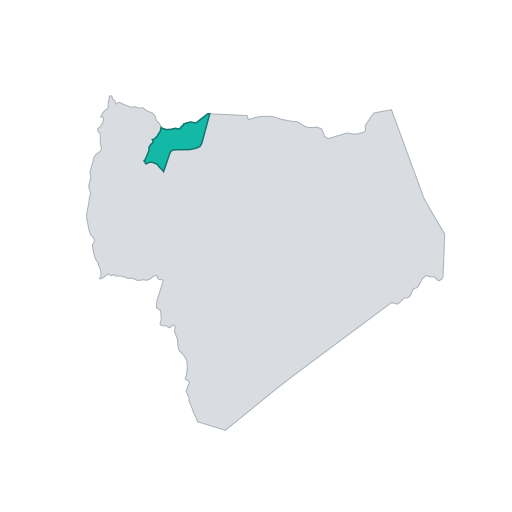 El Oued highlighted on a map of Algeria, rotated 285°
{"feature_id": "DZA-2191", "entity_name": "El Oued", "entity_type": "Province", "adm_level": 1, "iso_a3": "DZA", "parent_name": "Algeria", "parent_adm1": "", "projection": "natural_earth1", "projection_center": [6.786, 33.25], "detail": "fine", "context": "in_parent", "style": "filled", "palette": "teal", "viewbox_px": 512, "rotation_deg": 285, "n_neighbors": 0, "source": "natural_earth", "source_scale": "10m", "svg_char_len": 5083}
<svg xmlns="http://www.w3.org/2000/svg" viewBox="0 0 512 512"><g transform="rotate(285 256 256)"><path d="M372.7,73.2L373.1,74.3L373.1,75.3L371.6,76.3L370.5,76.8L369.3,79.4L367.0,81.2L366.7,81.8L366.7,82.2L368.2,83.1L368.8,83.8L369.0,84.8L368.3,88.5L367.4,95.0L367.4,96.5L368.0,98.2L368.6,99.5L368.8,101.0L368.6,104.6L369.3,106.8L369.9,108.7L368.5,111.2L367.9,113.3L367.6,116.4L367.5,118.4L366.6,120.2L365.4,121.9L364.1,122.9L362.5,123.8L360.7,125.0L359.2,128.2L356.0,130.9L355.3,131.8L355.0,133.9L355.1,136.9L355.7,139.2L357.2,142.7L358.6,146.5L359.0,148.5L359.5,149.2L361.4,150.5L364.8,152.2L365.4,152.9L367.0,155.5L368.6,160.2L369.1,163.4L375.0,168.2L380.7,172.4L381.1,173.1L384.2,187.4L385.3,192.5L389.3,211.0L387.7,212.0L385.8,213.3L387.2,215.8L389.8,219.9L391.5,223.2L392.0,224.6L393.3,228.7L394.3,232.6L394.6,233.9L395.0,236.9L394.6,245.3L395.4,255.9L396.4,261.2L394.9,266.0L393.6,270.6L393.7,272.9L394.5,276.5L395.2,279.1L396.2,280.5L396.0,285.0L395.6,286.6L392.7,288.9L389.4,291.1L388.5,292.9L388.2,294.9L388.7,296.6L398.2,311.7L398.5,313.2L398.7,317.5L400.3,322.8L402.0,325.2L402.7,326.9L403.9,328.2L405.1,329.1L405.8,329.2L410.1,327.7L417.3,330.1L424.2,332.6L424.7,333.1L428.7,341.3L432.3,349.0L355.2,403.3L346.7,411.5L326.7,431.9L325.2,432.8L298.8,438.8L285.1,441.8L284.4,442.0L283.7,442.0L283.1,442.0L281.9,441.4L280.5,440.2L279.6,439.6L279.3,438.6L279.9,437.4L280.6,436.2L280.9,435.3L281.3,434.6L281.9,434.1L282.0,433.3L281.5,432.0L281.0,430.2L281.1,427.0L281.1,425.5L279.8,424.3L277.5,422.9L275.3,422.1L274.3,421.8L271.8,421.4L268.5,420.5L267.3,419.9L265.2,416.9L264.1,416.1L259.1,415.6L257.4,415.1L256.1,414.4L254.9,413.4L254.3,411.8L254.1,410.4L253.6,409.8L248.1,406.6L246.7,405.5L246.0,404.4L246.0,402.9L246.1,401.1L245.9,399.4L245.7,398.6L149.4,322.5L144.3,318.6L132.6,309.8L79.7,271.5L80.7,244.0L80.9,242.6L81.2,242.0L83.0,241.0L85.7,238.7L86.8,237.7L88.1,236.6L92.7,233.5L93.7,232.7L98.2,229.1L99.2,228.5L101.6,228.2L102.6,227.5L104.0,226.1L106.0,224.4L107.3,223.6L107.6,223.5L108.4,223.4L112.4,223.9L114.1,224.2L116.1,224.5L116.7,224.3L117.3,223.8L118.1,222.7L118.3,221.3L118.4,220.1L118.5,219.6L118.9,219.4L119.8,219.5L121.0,219.6L123.4,219.6L124.2,219.4L126.9,219.1L130.9,218.4L136.4,216.6L139.1,214.5L141.1,212.3L143.2,209.0L144.9,206.1L148.1,204.3L150.8,203.2L152.4,202.8L155.9,201.3L161.7,196.9L166.5,196.3L167.1,195.9L167.8,195.1L167.9,193.8L167.1,192.8L166.1,192.3L165.4,191.8L164.8,191.7L164.4,191.0L164.6,189.9L164.8,188.8L165.3,187.7L165.2,186.1L164.5,184.6L164.4,183.5L164.4,182.4L164.8,181.5L165.8,180.9L166.9,180.7L168.5,181.0L171.3,180.6L178.5,178.0L179.0,177.1L179.5,175.3L180.1,173.7L180.8,173.1L181.2,173.0L186.9,172.0L188.2,171.9L198.8,172.4L207.9,172.7L208.7,172.3L208.7,171.2L208.2,169.0L208.6,167.6L209.9,166.3L211.6,164.9L210.8,163.2L209.6,162.0L207.8,160.7L206.9,160.1L205.3,158.4L204.3,156.5L203.7,152.5L202.5,150.2L201.7,147.4L202.6,142.3L201.5,139.3L201.3,137.9L201.4,136.4L201.8,133.6L201.6,129.8L200.3,125.9L201.0,124.5L201.4,123.9L201.3,123.3L200.0,122.0L199.5,121.0L199.8,120.0L200.5,118.6L200.5,118.0L198.4,116.3L195.0,113.5L194.0,112.3L193.6,110.8L197.0,111.2L198.7,111.0L202.7,109.2L205.9,106.7L208.4,105.4L210.7,102.7L212.6,101.0L215.5,99.2L223.7,95.2L225.0,95.2L227.6,96.1L230.0,95.8L231.6,94.4L233.4,91.1L236.1,89.1L239.5,87.0L244.1,85.1L247.1,83.3L251.8,81.7L263.7,80.8L269.8,79.9L273.9,80.1L278.2,77.2L280.3,76.3L289.3,76.1L293.6,74.0L309.7,74.0L311.7,74.7L313.6,75.8L316.9,78.5L318.6,79.1L320.7,78.5L325.7,76.0L331.3,74.7L334.3,73.2L335.6,71.0L338.2,70.1L339.7,71.8L345.5,73.5L349.1,73.1L350.6,72.5L350.1,70.0L353.8,70.7L356.7,71.9L359.8,74.3L361.7,74.8L365.3,73.7L372.7,73.2Z" fill="#d9dde1" stroke="#a8b0b8" stroke-width="1"/><path d="M358.6,145.6L358.6,148.3L358.9,149.2L359.3,149.7L359.9,149.9L360.7,150.0L361.3,150.2L363.2,151.6L363.5,151.8L363.9,151.9L364.2,151.9L364.6,151.8L364.9,152.1L366.5,154.6L368.2,157.4L368.5,158.0L368.7,160.9L368.9,163.0L369.1,163.7L369.6,164.2L371.6,165.6L374.3,167.6L377.8,170.3L380.7,172.4L380.9,172.7L381.1,173.1L381.4,174.5L352.0,174.5L349.6,174.2L347.3,173.5L345.6,171.6L344.3,169.6L342.2,165.7L341.5,164.0L337.8,150.8L336.4,147.5L333.3,146.2L313.5,144.9L315.4,142.2L317.0,139.4L317.9,138.2L318.6,137.5L318.8,137.1L319.0,136.6L319.6,132.2L319.6,131.2L319.6,130.8L319.4,130.0L319.1,129.3L319.0,129.0L318.5,128.2L317.8,127.4L316.7,126.4L316.5,126.1L316.6,125.9L316.6,125.6L316.8,125.4L316.9,125.2L317.1,125.0L317.3,124.9L317.9,124.6L318.2,124.4L318.4,124.2L318.5,123.9L318.4,123.6L318.5,123.3L318.6,123.2L318.8,123.2L319.8,123.7L321.4,124.2L330.1,125.3L333.3,124.6L333.6,124.6L336.3,125.4L337.2,125.8L337.4,126.0L337.5,126.3L337.7,126.5L337.9,126.6L338.3,126.8L338.5,126.9L338.9,126.9L339.4,126.9L339.9,126.8L340.5,126.6L341.1,126.2L341.7,125.7L342.0,126.7L342.5,127.3L346.1,129.5L347.0,129.8L349.0,130.1L350.1,130.8L351.3,131.1L352.2,131.2L355.7,131.1L355.4,131.5L355.1,132.0L355.1,133.6L354.8,135.6L354.8,136.4L355.1,137.6L355.2,137.9L355.7,138.9L355.8,139.9L356.0,140.5L357.0,142.4L358.3,144.7L358.6,145.5L358.6,145.6Z" fill="#14b8a6" stroke="#0f766e" stroke-width="1.5"/></g></svg>